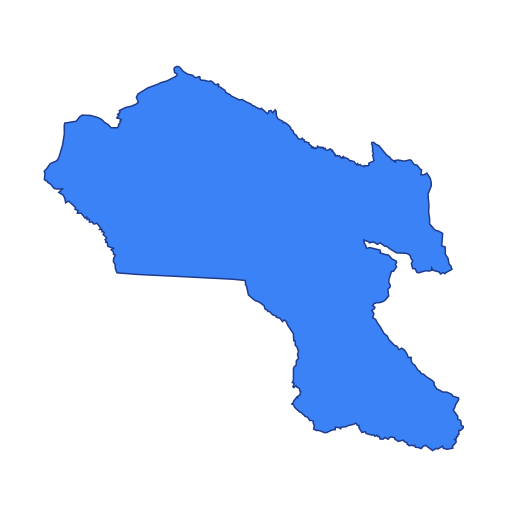 outline of Kailahun, Eastern, Sierra Leone, rotated 93°
{"feature_id": "65957751B248885957650", "entity_name": "Kailahun", "entity_type": "district", "adm_level": 2, "iso_a3": "SLE", "parent_name": "Sierra Leone", "parent_adm1": "Eastern", "projection": "orthographic", "projection_center": [-10.677, 8.06], "detail": "fine", "context": "isolated", "style": "filled", "palette": "blue", "viewbox_px": 512, "rotation_deg": 93, "n_neighbors": 0, "source": "geoboundaries", "source_scale": "gbopen_adm2", "svg_char_len": 6033}
<svg xmlns="http://www.w3.org/2000/svg" viewBox="0 0 512 512"><g transform="rotate(93 256 256)"><path d="M185.1,471.0L190.7,471.4L191.6,470.2L191.8,468.9L193.3,467.9L195.2,464.6L199.1,461.1L199.5,458.4L199.1,452.8L202.8,456.3L205.4,451.6L208.5,449.9L212.8,448.9L211.0,446.0L216.9,438.8L218.9,439.2L219.8,436.1L222.6,436.7L222.4,432.8L227.2,428.6L226.0,427.0L228.5,426.6L227.9,424.5L230.9,424.1L230.5,421.4L232.6,419.6L231.7,416.5L236.3,412.5L237.7,413.6L237.7,411.1L239.9,411.1L239.7,409.6L240.6,408.8L242.6,409.8L245.7,405.9L247.5,407.6L248.5,406.7L250.2,406.7L250.0,405.3L254.1,404.5L255.7,398.7L257.3,401.0L259.2,398.7L261.8,398.3L262.5,396.4L265.9,398.1L269.2,398.1L271.9,396.2L276.0,395.8L280.1,393.9L280.6,373.3L280.4,278.4L281.0,265.4L284.9,265.0L286.9,263.8L295.3,261.5L300.4,254.9L301.8,250.5L305.1,245.4L308.6,244.1L309.2,242.3L310.8,241.2L310.8,239.4L313.9,236.3L314.7,232.8L316.1,232.5L316.9,228.8L320.1,226.1L318.3,224.1L319.9,222.4L323.6,220.6L331.6,214.6L338.7,213.9L338.9,212.3L342.6,212.3L343.6,211.7L344.1,210.6L349.2,208.6L352.4,209.4L355.9,208.1L358.4,210.2L363.1,210.2L364.7,212.1L366.8,212.7L378.2,212.1L380.5,213.1L381.1,211.4L382.5,211.4L384.6,212.3L385.4,211.4L383.5,209.2L384.8,208.3L385.8,206.1L386.6,205.4L388.2,205.4L389.3,204.2L390.9,204.8L392.1,204.4L394.0,207.1L395.4,207.1L394.8,207.9L398.9,210.8L400.3,211.0L401.9,212.5L402.8,210.4L404.6,209.8L405.8,208.7L409.5,204.2L409.9,202.3L411.5,201.3L412.2,199.8L413.6,198.6L414.2,196.1L417.5,193.6L417.3,192.0L418.1,190.1L420.1,190.1L422.2,188.9L425.9,189.3L427.1,186.4L426.9,184.5L427.5,181.8L428.8,178.7L428.6,176.1L425.7,170.9L425.3,167.8L422.9,167.8L422.9,164.5L424.1,162.4L422.5,162.0L421.8,157.1L420.6,155.4L419.0,149.8L417.7,147.3L419.8,145.9L420.0,144.2L422.0,144.2L426.7,141.1L425.7,137.6L427.5,136.8L428.8,130.8L428.4,129.2L429.8,127.9L428.6,125.8L429.8,125.2L429.9,123.4L432.3,122.5L432.1,119.2L430.5,117.8L432.1,114.5L429.7,112.6L430.1,108.1L431.5,107.9L433.7,104.1L432.1,99.4L433.5,98.2L434.6,95.5L436.0,95.1L437.4,93.2L436.8,89.9L437.4,88.9L436.8,87.6L438.6,86.8L438.8,83.7L439.7,81.0L437.2,78.9L436.2,76.7L441.1,69.4L438.6,65.9L439.2,64.3L436.2,59.7L438.2,58.9L439.0,55.0L437.6,49.4L435.7,49.8L431.6,46.5L430.2,46.5L428.8,48.0L428.6,46.7L425.9,46.3L425.9,45.3L424.1,45.1L423.5,44.0L419.6,44.4L419.6,42.8L416.9,40.1L415.3,40.1L414.5,42.0L409.6,43.0L408.3,46.1L405.5,46.1L399.4,51.1L398.1,50.0L393.8,48.8L388.9,46.1L387.1,46.3L385.7,52.1L384.0,53.2L382.0,58.1L382.0,62.7L380.5,65.3L379.4,68.4L375.6,71.3L372.9,71.6L370.9,73.8L367.8,79.4L365.4,82.3L364.7,84.8L362.5,86.6L361.3,88.5L356.6,91.8L355.8,93.5L354.1,94.9L351.5,95.7L349.2,95.7L349.2,98.8L345.9,100.1L342.3,102.6L340.4,105.7L342.1,108.3L338.6,110.8L338.0,113.1L332.3,119.1L329.0,120.8L326.7,124.1L319.7,128.6L316.2,131.5L313.1,133.2L311.5,136.3L307.4,135.2L304.2,137.5L302.5,135.0L300.9,134.6L299.4,136.9L297.4,135.6L296.2,132.7L296.2,130.5L294.9,126.8L293.3,124.7L289.0,121.4L282.5,122.6L279.8,120.4L278.2,120.4L275.5,122.0L272.3,122.0L264.3,119.9L264.1,117.9L259.4,115.0L257.1,116.4L254.9,115.2L253.6,115.8L251.8,120.1L248.1,123.7L247.7,127.2L246.3,132.5L245.1,131.9L243.6,132.5L241.6,142.9L242.6,146.0L239.7,147.0L237.7,148.5L234.4,149.1L235.9,144.1L236.9,143.5L235.9,140.0L236.5,137.8L238.1,135.4L236.3,132.8L239.5,127.8L239.7,125.5L241.8,122.8L245.5,115.8L245.5,105.3L247.3,102.2L250.8,100.9L252.6,99.1L255.3,100.5L260.4,98.9L260.4,96.4L263.9,94.5L264.3,92.7L261.8,85.6L262.0,82.5L261.2,80.1L258.8,79.9L261.0,78.6L262.4,72.2L264.3,70.8L262.8,68.1L263.7,66.2L262.6,65.4L259.1,59.6L255.6,60.9L254.0,62.8L248.3,64.1L244.4,67.0L237.1,67.6L236.1,71.1L223.7,70.8L221.8,74.4L220.7,78.7L214.8,84.3L209.4,84.6L203.4,85.9L196.7,85.9L185.3,87.5L176.7,84.6L173.2,84.9L169.1,86.2L164.3,89.7L166.2,92.6L166.2,95.5L161.2,95.2L160.5,96.8L156.8,99.9L156.7,101.7L155.9,103.4L152.4,105.9L151.9,107.5L153.5,112.6L152.7,119.2L153.4,122.2L154.8,121.8L152.3,126.1L150.3,127.6L148.2,131.0L139.5,138.9L138.0,142.4L136.4,144.2L136.6,146.3L138.1,146.4L140.0,145.3L141.1,145.6L142.4,145.1L145.2,145.2L147.6,144.0L149.3,144.8L154.5,143.2L155.6,144.3L156.9,147.5L157.6,148.3L159.4,147.9L160.1,148.9L160.0,152.5L161.1,152.8L160.1,155.9L159.2,156.7L159.6,158.5L158.5,159.3L159.8,160.0L156.6,163.1L155.8,166.2L156.0,167.2L154.1,169.3L152.8,172.8L153.6,173.9L152.1,174.2L153.7,176.2L151.5,177.9L152.0,179.5L151.3,180.2L152.0,181.4L151.4,182.6L150.3,182.3L148.2,184.3L147.3,184.6L147.2,185.7L146.2,185.6L145.1,187.6L146.7,189.9L146.5,191.6L144.9,192.5L145.3,194.0L144.5,194.0L143.9,195.0L144.4,196.1L143.9,196.9L144.6,197.3L143.1,200.3L145.1,200.9L145.7,202.1L144.8,202.6L145.6,203.7L144.3,204.6L145.0,205.4L144.8,206.3L143.7,205.9L141.3,209.1L140.2,209.1L139.4,212.1L139.5,213.6L137.6,213.8L136.8,215.6L136.0,215.8L137.4,217.9L136.3,220.2L133.0,222.4L132.5,223.8L131.3,224.8L129.1,225.5L127.6,227.6L125.6,228.4L123.6,230.5L121.0,234.5L121.6,235.7L120.1,236.3L117.9,241.2L115.2,242.9L110.6,243.4L109.0,244.5L112.2,246.9L109.9,248.6L110.3,250.6L112.6,251.4L113.3,252.1L108.2,258.4L109.2,259.1L107.6,263.5L106.3,265.7L106.0,267.4L104.6,268.8L102.5,274.3L100.4,278.1L101.0,280.8L97.5,289.1L96.1,290.6L94.3,294.7L92.3,295.6L89.4,300.3L88.7,302.6L87.0,302.0L86.1,303.1L86.8,303.9L87.0,305.6L84.0,309.2L83.5,310.7L84.2,312.4L83.2,317.0L83.4,319.8L82.0,321.3L80.3,321.3L79.8,322.1L81.0,325.2L80.6,327.0L78.9,328.6L77.9,334.0L75.3,338.5L72.3,341.2L70.9,343.1L70.9,345.2L72.2,347.3L73.9,347.7L77.2,346.8L78.3,344.3L79.4,344.2L80.9,345.6L85.9,354.3L88.0,360.5L89.3,362.3L93.8,372.9L100.3,382.3L103.7,383.8L108.7,381.5L110.8,384.0L113.0,388.6L114.5,394.0L117.9,400.1L118.8,399.4L119.9,399.5L121.7,401.5L122.4,400.3L125.1,402.1L125.7,402.0L125.7,400.0L127.1,397.6L128.4,398.9L129.9,398.7L132.0,400.2L133.1,399.9L135.2,401.0L135.5,407.5L132.6,410.4L130.7,414.0L127.8,417.2L126.1,420.9L124.3,428.5L124.4,437.1L126.6,439.7L130.8,442.5L133.3,454.0L135.8,454.3L144.3,453.8L155.3,455.0L166.8,457.7L169.4,458.7L171.4,460.1L174.5,466.3L179.5,469.4L182.4,471.9L185.1,471.0Z" fill="#3b82f6" stroke="#1e3a8a" stroke-width="1.5"/></g></svg>